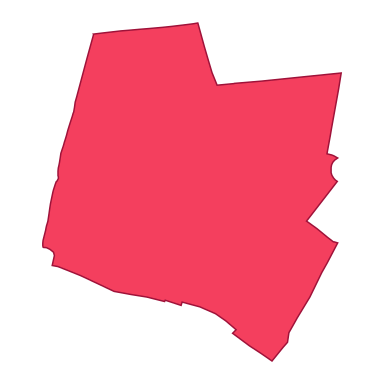 Bistret, Dolj, Romania (Robinson projection)
{"feature_id": "2599482B85941716233040", "entity_name": "Bistret", "entity_type": "district", "adm_level": 2, "iso_a3": "ROU", "parent_name": "Romania", "parent_adm1": "Dolj", "projection": "robinson", "projection_center": [23.492, 43.88], "detail": "fine", "context": "isolated", "style": "filled", "palette": "rose", "viewbox_px": 384, "rotation_deg": 0, "n_neighbors": 0, "source": "geoboundaries", "source_scale": "gbopen_adm2", "svg_char_len": 1659}
<svg xmlns="http://www.w3.org/2000/svg" viewBox="0 0 384 384"><path d="M337.7,158.0L333.8,155.8L331.8,155.0L327.0,153.8L327.2,152.5L330.3,135.6L331.4,129.0L338.6,89.1L340.3,78.5L340.7,76.1L341.2,73.0L305.6,76.6L281.3,79.1L261.7,81.1L234.3,83.4L233.9,83.6L217.1,85.2L212.0,72.6L208.3,60.2L204.3,46.5L198.0,23.6L197.8,23.0L193.1,23.8L186.0,24.7L171.7,26.4L163.1,27.3L157.5,27.8L148.4,28.6L139.7,29.3L129.6,30.2L120.9,30.9L102.6,33.0L93.4,34.1L93.6,34.4L92.7,37.7L86.9,58.7L77.4,94.2L76.8,96.5L75.2,102.1L74.5,107.3L73.7,112.0L73.1,113.4L72.3,116.3L70.3,122.4L67.8,130.4L66.5,135.4L65.1,140.0L64.4,142.1L63.9,144.0L63.2,146.4L62.3,149.0L61.4,151.8L60.9,153.2L60.2,158.0L59.4,163.0L58.9,165.5L58.3,168.0L58.0,171.0L58.0,172.5L58.0,173.8L58.0,175.9L58.3,176.5L58.4,178.4L57.6,180.0L56.9,181.2L56.3,181.6L56.0,182.3L55.3,184.2L54.6,186.4L53.5,189.8L52.9,192.1L50.5,203.6L49.7,208.8L49.0,213.9L47.9,221.2L47.0,224.3L46.6,225.5L46.1,227.7L45.6,230.4L43.1,240.3L42.9,242.1L42.8,243.3L42.8,245.7L43.1,247.2L43.8,247.5L46.3,247.6L49.9,249.3L53.5,252.2L54.4,255.6L52.2,265.5L57.6,266.5L58.0,266.6L66.9,270.1L80.6,275.6L114.1,291.4L131.0,294.5L146.6,297.0L164.6,301.5L165.2,300.2L181.1,305.4L182.1,302.1L200.0,306.9L204.5,308.9L215.5,313.7L225.7,320.8L236.1,329.7L232.6,333.3L249.4,345.8L260.1,352.8L272.0,361.0L283.1,347.3L287.5,342.3L288.9,332.7L295.4,321.2L297.1,318.1L309.9,297.0L321.8,272.5L327.1,263.1L337.7,242.9L334.3,241.9L333.3,241.8L327.6,237.4L316.9,228.6L306.5,221.1L309.5,217.3L337.3,181.4L335.4,180.1L333.6,178.1L331.9,175.3L331.1,172.7L331.1,167.5L331.6,164.8L332.8,162.3L334.7,160.1L337.7,158.0Z" fill="#f43f5e" stroke="#9f1239" stroke-width="1.5"/></svg>